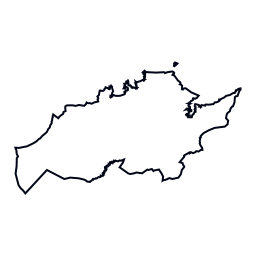 Capiz, Capiz, Philippines (Albers equal-area conic projection)
{"feature_id": "2640588B34459645926333", "entity_name": "Capiz", "entity_type": "district", "adm_level": 2, "iso_a3": "PHL", "parent_name": "Philippines", "parent_adm1": "Capiz", "projection": "albers", "projection_center": [122.785, 11.39], "detail": "fine", "context": "isolated", "style": "outline", "palette": "ink", "viewbox_px": 256, "rotation_deg": 0, "n_neighbors": 0, "source": "geoboundaries", "source_scale": "gbopen_adm2", "svg_char_len": 5828}
<svg xmlns="http://www.w3.org/2000/svg" viewBox="0 0 256 256"><path d="M15.4,147.7L16.4,150.5L16.7,153.8L18.0,156.4L16.8,158.1L16.6,166.2L15.6,173.7L18.5,185.0L20.5,188.0L23.2,190.6L25.3,193.4L46.9,170.0L64.3,179.0L70.3,177.6L78.6,178.3L83.8,179.5L85.8,180.4L87.2,181.6L89.7,181.9L89.7,181.6L90.5,181.4L92.4,179.9L93.0,179.8L93.1,178.9L95.1,178.8L95.7,178.3L96.6,178.5L98.4,177.1L99.7,177.2L100.5,176.7L100.6,175.9L101.0,176.1L101.1,175.6L102.3,175.9L103.0,175.7L103.0,174.8L103.5,174.7L103.2,174.3L103.7,174.2L103.1,174.1L102.8,173.0L103.7,172.3L104.1,172.6L104.1,172.0L104.5,172.3L104.8,171.1L105.1,170.8L105.3,171.2L105.2,170.7L105.8,170.7L106.2,170.0L106.1,169.7L105.6,169.6L105.8,169.3L105.2,168.9L105.1,168.3L106.5,168.7L106.5,168.3L106.0,168.1L106.2,167.8L105.7,167.7L105.5,167.2L105.7,166.9L105.5,166.7L105.9,166.5L106.3,167.2L106.6,166.2L107.3,166.5L107.7,166.1L108.1,166.2L108.3,165.8L107.8,165.7L108.2,165.5L107.9,165.2L108.7,164.9L108.7,164.5L109.0,164.8L109.3,164.0L109.4,164.4L109.7,164.5L109.7,164.0L110.4,163.6L110.3,163.2L111.3,163.0L111.0,162.8L111.4,162.5L110.9,162.0L111.8,161.7L112.5,162.3L112.7,161.9L113.0,161.8L113.1,162.2L113.3,161.8L113.6,161.9L113.7,161.4L114.1,161.9L114.7,161.6L115.0,161.1L114.7,160.7L115.5,160.5L115.9,160.9L118.2,161.3L119.6,160.4L121.0,160.7L124.0,159.5L122.9,162.6L119.6,167.3L128.4,173.5L130.3,174.0L133.8,173.4L136.3,172.5L142.1,173.3L147.3,169.6L148.5,170.0L151.8,169.0L153.4,171.0L154.1,170.5L158.9,169.5L161.5,173.4L163.1,176.7L162.6,180.7L163.8,180.0L165.3,179.9L169.5,178.1L172.4,179.0L178.5,177.6L181.0,173.9L181.7,170.2L184.2,167.0L184.2,166.3L183.0,164.8L182.6,163.1L179.7,162.2L184.3,156.6L184.0,155.7L184.3,155.3L189.6,152.4L189.7,153.3L191.3,152.3L193.0,153.2L195.4,152.1L196.2,151.2L198.7,151.5L201.0,149.8L202.4,149.9L202.2,148.0L200.4,145.2L199.7,143.4L200.0,142.9L199.7,141.0L200.2,138.7L199.8,138.0L200.9,137.1L200.6,136.3L201.2,135.5L203.7,133.0L209.0,130.2L214.6,127.9L224.8,126.6L227.6,124.3L228.1,120.5L226.0,118.2L226.7,114.5L227.4,113.2L229.9,111.1L230.6,108.5L232.3,106.4L233.0,106.3L234.5,102.3L234.9,97.1L235.6,96.4L237.5,96.0L239.3,91.0L240.6,89.6L240.5,88.4L238.2,88.9L237.7,89.7L236.0,90.2L235.7,90.8L236.0,91.3L234.8,92.3L234.8,92.9L232.8,93.2L230.1,94.9L226.1,95.9L224.0,97.6L220.0,99.5L219.7,100.2L219.1,99.7L219.0,100.0L219.6,100.4L218.6,101.5L216.2,102.4L215.0,102.3L213.3,104.1L208.7,104.7L205.8,104.5L205.1,105.0L205.1,105.6L201.6,105.1L200.8,105.6L201.0,106.6L200.5,106.5L200.4,107.0L200.0,106.5L199.3,106.5L199.8,105.8L198.6,104.9L195.2,104.1L194.7,106.0L195.2,107.3L195.6,107.3L195.6,108.3L195.4,108.1L194.9,108.7L194.6,109.5L195.3,110.5L195.6,111.8L195.0,112.0L194.7,111.6L193.6,114.1L193.2,114.1L192.1,115.6L192.0,116.6L191.3,116.6L191.4,117.3L190.0,117.4L188.9,116.7L188.5,117.2L187.9,117.2L187.6,116.4L188.9,115.4L188.0,115.3L187.6,114.8L186.2,115.1L186.0,114.6L186.8,113.9L188.8,113.4L188.9,111.9L188.5,111.5L189.3,112.0L190.6,111.1L191.3,111.1L191.4,110.7L191.3,110.1L190.4,110.1L189.9,110.5L188.4,110.7L188.3,110.0L186.6,109.3L185.9,109.5L186.7,108.7L187.0,109.0L187.9,108.6L188.6,109.0L189.7,108.6L189.2,108.0L189.6,107.4L190.0,107.9L189.9,106.9L189.5,106.9L189.6,106.4L189.4,106.7L188.9,106.5L188.4,105.3L188.9,104.4L188.4,104.1L189.0,104.2L188.9,103.9L189.6,103.7L188.5,103.4L189.5,103.1L189.4,102.5L190.3,102.1L190.8,101.2L192.8,100.2L192.9,99.0L193.2,99.2L193.7,98.3L195.3,98.7L196.9,97.8L198.7,95.6L191.3,92.4L185.9,88.4L184.4,88.3L183.3,88.8L182.9,89.5L182.0,89.3L182.1,85.7L181.3,84.9L179.9,84.3L180.5,83.5L180.3,82.4L177.9,80.5L174.3,75.5L172.5,74.9L173.2,73.8L173.8,73.9L174.1,73.5L174.1,72.6L172.8,71.6L171.9,71.5L167.4,72.2L165.0,73.1L164.5,72.4L163.9,72.2L155.9,72.6L146.1,72.1L145.4,71.9L145.4,71.5L144.6,70.7L144.3,71.0L144.6,71.4L144.0,72.1L142.7,72.3L142.0,72.0L142.7,72.7L142.6,73.4L142.7,73.0L143.8,73.1L145.2,73.7L145.1,75.1L144.8,74.6L144.0,74.1L143.3,73.8L142.6,73.6L144.3,74.3L144.2,74.9L144.9,75.7L143.9,76.8L144.2,77.2L144.0,78.1L144.7,78.3L144.2,79.5L144.3,80.1L143.8,80.7L143.3,80.3L144.0,79.9L143.0,79.8L142.3,80.2L142.5,80.4L142.2,80.2L139.7,81.4L136.7,82.1L136.6,82.5L135.7,81.7L136.0,82.8L135.3,83.0L135.9,83.8L135.7,84.4L136.1,85.6L136.5,85.6L136.4,86.5L136.8,87.1L136.6,87.7L137.3,87.8L136.7,88.5L136.3,88.3L136.4,88.6L135.9,88.7L135.6,88.1L133.0,87.3L132.7,87.9L131.9,87.8L131.4,87.4L131.5,86.6L130.3,85.3L129.8,85.7L128.4,85.1L128.2,84.0L128.5,83.3L127.8,82.8L128.1,82.4L127.6,81.4L128.2,81.1L128.0,80.7L127.8,81.1L126.2,81.5L126.2,81.8L126.6,81.6L127.2,82.1L126.9,83.1L126.3,82.9L126.1,83.6L124.3,83.8L124.8,84.7L124.4,85.7L125.3,85.9L125.4,86.4L124.3,87.1L124.0,87.7L124.7,87.4L124.6,87.9L125.0,87.7L125.2,88.4L125.9,87.2L126.8,87.1L127.9,88.1L127.9,89.5L127.6,89.4L127.3,90.5L126.3,90.6L125.1,91.4L125.4,92.2L125.0,92.8L124.6,92.7L125.0,93.5L124.6,94.2L120.4,95.7L118.5,95.9L115.8,95.9L113.5,95.0L111.8,96.8L110.7,97.5L110.3,97.2L110.4,96.0L110.9,96.2L111.3,95.8L112.4,92.4L113.1,91.3L112.0,87.6L112.1,86.9L111.1,85.7L110.9,86.1L109.6,86.4L110.1,87.2L109.9,87.7L109.3,87.8L109.4,88.6L109.9,88.5L109.9,88.9L109.2,89.2L106.9,87.7L105.6,87.3L105.5,88.2L104.5,88.9L104.4,89.8L103.4,90.7L101.9,91.0L100.8,90.5L99.7,90.6L98.9,95.1L97.4,96.5L98.3,98.1L98.0,99.1L97.6,99.3L98.2,101.5L94.2,102.4L91.8,103.7L89.5,103.1L88.0,103.2L86.6,102.5L85.7,104.5L84.1,105.8L79.0,105.0L75.4,105.9L72.6,105.3L66.9,105.4L65.4,106.3L65.2,107.8L65.6,111.0L63.5,112.0L63.2,113.8L59.7,116.3L58.3,118.2L53.2,114.5L52.7,116.2L52.8,117.2L52.3,118.1L52.1,120.6L51.5,121.7L51.8,123.0L50.3,125.2L49.7,127.5L48.2,129.1L47.0,131.7L46.2,132.7L42.3,135.9L40.0,138.5L39.0,138.9L36.6,141.2L33.7,143.1L27.1,146.3L19.0,147.9L15.4,147.7ZM174.9,62.6L174.1,63.4L174.3,64.2L173.9,65.9L174.4,66.2L175.0,65.7L174.8,64.7L175.6,64.3L176.2,64.7L177.4,63.5L176.3,63.0L175.2,63.1L174.9,62.6Z" fill="none" stroke="#020617" stroke-width="2"/></svg>